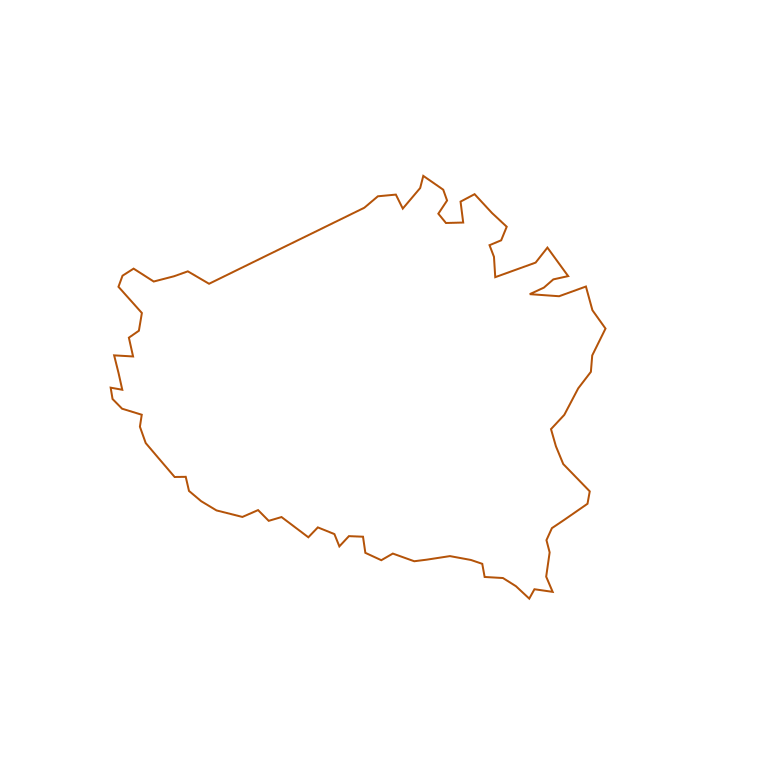 São José do Herval, Rio Grande do Sul, Brazil, rotated 313°
{"feature_id": "56859067B53549681471758", "entity_name": "São José do Herval", "entity_type": "district", "adm_level": 2, "iso_a3": "BRA", "parent_name": "Brazil", "parent_adm1": "Rio Grande do Sul", "projection": "equal_earth", "projection_center": [-52.274, -29.066], "detail": "fine", "context": "isolated", "style": "outline", "palette": "amber", "viewbox_px": 768, "rotation_deg": 313, "n_neighbors": 0, "source": "geoboundaries", "source_scale": "gbopen_adm2", "svg_char_len": 1306}
<svg xmlns="http://www.w3.org/2000/svg" viewBox="0 0 768 768"><g transform="rotate(313 384 384)"><path d="M347.0,649.1L353.7,634.0L373.8,620.0L380.6,609.3L393.1,605.1L407.7,608.5L435.2,614.5L445.8,607.7L447.7,569.7L455.7,552.2L464.9,536.9L484.4,536.9L513.3,529.0L534.0,527.0L546.9,516.8L575.6,508.2L580.1,486.1L593.0,465.2L567.6,452.2L549.1,429.3L563.5,435.2L576.0,436.5L588.5,445.1L595.2,410.5L576.2,412.1L538.0,392.5L552.0,377.7L557.5,366.5L569.0,371.7L582.7,366.5L582.7,346.4L584.6,320.8L569.6,315.6L556.1,331.8L544.0,319.5L545.6,307.6L561.2,305.0L566.5,294.8L563.0,270.8L552.0,276.8L525.1,278.1L530.6,263.5L517.1,251.5L499.5,249.4L400.1,211.4L338.0,187.7L332.6,163.7L319.5,156.9L301.9,145.7L297.6,122.2L284.9,118.9L274.0,123.5L270.8,158.5L255.8,168.4L243.9,165.8L233.0,181.7L220.9,167.1L210.9,182.5L201.3,196.5L194.9,186.6L187.9,195.7L187.3,209.3L196.3,227.8L186.3,234.6L178.3,250.0L176.2,267.9L173.2,294.3L180.9,302.3L172.8,314.3L173.6,330.2L177.3,347.7L190.2,371.1L205.9,377.9L205.3,393.0L216.8,399.8L220.3,433.2L234.0,433.4L240.4,450.1L234.8,462.1L248.8,462.1L258.0,472.8L247.8,485.5L253.3,502.2L266.0,506.1L275.0,527.0L284.6,535.0L303.1,549.6L314.6,567.6L319.5,578.5L311.5,589.2L323.2,603.3L326.1,618.4L326.1,636.6L336.5,634.0L347.0,649.1Z" fill="none" stroke="#b45309" stroke-width="2"/></g></svg>